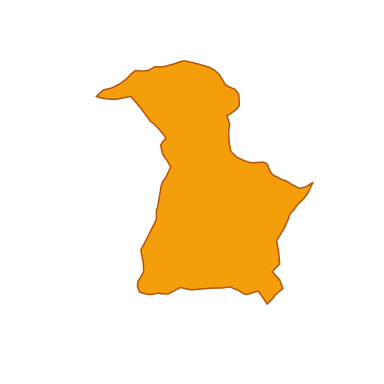 Al-Zibar, Arbil, Iraq (orthographic projection), rotated 323°
{"feature_id": "34846034B21205760150819", "entity_name": "Al-Zibar", "entity_type": "district", "adm_level": 2, "iso_a3": "IRQ", "parent_name": "Iraq", "parent_adm1": "Arbil", "projection": "orthographic", "projection_center": [44.113, 37.087], "detail": "fine", "context": "isolated", "style": "filled", "palette": "amber", "viewbox_px": 384, "rotation_deg": 323, "n_neighbors": 0, "source": "geoboundaries", "source_scale": "gbopen_adm2", "svg_char_len": 1749}
<svg xmlns="http://www.w3.org/2000/svg" viewBox="0 0 384 384"><g transform="rotate(323 192 192)"><path d="M90.5,237.9L90.0,240.5L92.7,244.3L94.0,245.9L96.9,248.8L100.9,250.9L104.1,252.5L107.4,255.8L109.7,257.5L111.4,259.1L120.2,260.4L125.8,261.6L127.5,264.1L130.1,267.0L132.7,269.9L137.3,272.7L149.2,280.2L159.0,287.2L165.6,290.9L167.6,295.0L169.9,298.3L171.5,303.3L173.5,306.5L175.5,307.4L178.7,308.6L181.4,309.4L185.3,311.1L184.7,326.7L191.9,325.8L196.9,324.3L203.5,323.9L206.4,323.9L209.1,315.3L208.2,303.8L218.6,302.3L224.1,293.6L224.9,292.3L230.2,281.9L244.2,276.3L252.2,271.8L255.8,269.2L259.0,268.1L264.1,267.0L268.8,265.5L276.6,264.7L283.4,262.8L288.4,260.2L294.0,257.3L292.0,256.8L286.1,256.4L280.2,254.0L276.5,246.6L274.2,240.4L270.9,235.5L268.9,231.0L267.0,227.7L266.6,223.1L267.6,219.0L268.6,216.5L268.6,213.7L266.6,210.8L260.4,206.7L256.8,204.2L252.5,198.5L248.5,190.6L247.5,183.2L249.2,179.5L250.8,175.8L254.1,170.9L258.0,165.5L262.9,160.6L265.9,151.9L269.2,152.7L272.4,152.7L277.4,152.7L281.6,151.5L283.9,148.6L288.2,142.0L288.2,136.2L284.5,129.7L283.2,126.0L283.9,120.2L284.5,114.4L283.2,107.9L281.2,103.3L274.3,93.9L265.5,83.2L262.8,81.5L254.3,78.7L244.2,74.6L237.6,69.6L233.7,69.2L229.7,68.4L224.5,65.1L219.9,61.0L215.3,61.0L207.5,62.2L199.6,62.2L190.5,60.6L182.9,57.3L178.7,57.3L173.1,58.2L176.7,63.1L183.6,69.7L186.9,72.2L200.6,78.8L201.6,93.2L201.3,110.5L202.6,115.0L203.2,118.7L203.9,131.1L202.9,133.9L200.0,133.9L195.4,135.6L193.4,139.3L191.1,145.1L191.1,151.6L190.1,159.1L180.3,164.4L175.0,166.0L171.1,168.5L165.5,173.9L154.6,184.1L152.7,185.0L147.1,192.4L143.1,194.4L125.1,203.4L116.2,207.5L110.6,219.0L105.6,226.4L101.0,228.5L95.1,230.9L91.8,234.2L90.5,237.9Z" fill="#f59e0b" stroke="#b45309" stroke-width="1.5"/></g></svg>